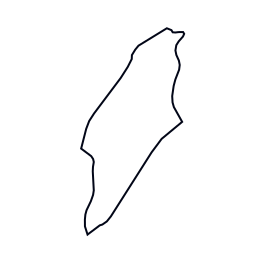 the border of Chiradzulu, rotated 36°
{"feature_id": "MWI-1917", "entity_name": "Chiradzulu", "entity_type": "District", "adm_level": 1, "iso_a3": "MWI", "parent_name": "Malawi", "parent_adm1": "", "projection": "equal_earth", "projection_center": [35.217, -15.764], "detail": "fine", "context": "isolated", "style": "outline", "palette": "ink", "viewbox_px": 256, "rotation_deg": 36, "n_neighbors": 0, "source": "natural_earth", "source_scale": "10m", "svg_char_len": 740}
<svg xmlns="http://www.w3.org/2000/svg" viewBox="0 0 256 256"><g transform="rotate(36 128 128)"><path d="M116.2,18.0L118.1,18.8L118.7,21.7L118.1,28.1L118.4,32.6L120.8,37.4L124.2,40.5L129.6,43.6L132.8,46.6L135.1,50.8L137.8,60.9L140.2,67.1L145.0,76.2L149.0,81.1L152.8,84.1L168.2,91.2L161.6,117.0L161.4,133.8L166.1,209.5L165.8,216.0L164.0,221.2L162.4,223.3L157.9,238.0L151.0,232.9L147.0,227.5L144.4,223.1L142.8,218.9L141.0,209.1L139.1,202.7L137.0,198.6L125.0,183.8L122.5,180.0L120.3,175.6L118.0,173.6L114.8,172.4L102.2,172.2L94.7,153.3L92.5,145.2L92.0,136.2L92.7,91.9L91.9,78.7L90.5,70.0L88.3,66.7L87.8,60.3L88.1,55.2L100.8,24.5L105.6,23.3L107.9,24.3L110.2,22.9L112.4,20.8L116.2,18.0Z" fill="none" stroke="#020617" stroke-width="2"/></g></svg>